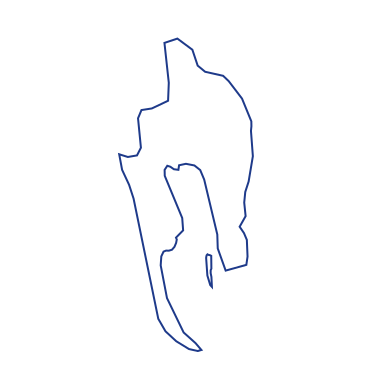 the border of City of St. Petersburg, rotated 244°
{"feature_id": "RUS-2337", "entity_name": "City of St. Petersburg", "entity_type": "Federal City", "adm_level": 1, "iso_a3": "RUS", "parent_name": "Russia", "parent_adm1": "", "projection": "equal_earth", "projection_center": [30.014, 59.935], "detail": "fine", "context": "isolated", "style": "outline", "palette": "blue", "viewbox_px": 384, "rotation_deg": 244, "n_neighbors": 0, "source": "natural_earth", "source_scale": "10m", "svg_char_len": 1166}
<svg xmlns="http://www.w3.org/2000/svg" viewBox="0 0 384 384"><g transform="rotate(244 192 192)"><path d="M106.6,187.8L130.0,190.4L142.7,196.1L197.8,208.4L208.1,209.0L214.8,205.8L220.0,198.9L221.7,192.1L217.9,189.5L220.4,185.7L224.2,183.6L226.4,181.3L223.9,177.1L218.5,174.6L172.9,171.8L161.4,167.2L158.0,157.6L156.0,157.5L153.2,155.4L150.4,152.2L148.9,148.7L149.4,145.5L150.7,143.0L150.9,140.3L147.6,136.2L139.8,131.7L107.6,123.0L69.4,122.9L54.7,128.9L45.9,131.2L46.6,127.4L52.2,120.4L64.8,112.4L78.4,107.1L92.8,106.1L211.7,136.6L226.0,138.6L242.6,138.9L257.8,143.1L251.6,149.7L249.0,158.6L254.2,165.5L281.9,175.8L287.8,182.5L284.7,192.5L284.5,210.5L300.3,219.0L338.1,232.6L336.3,246.1L319.7,254.7L303.1,252.5L294.3,256.5L282.8,270.9L275.5,273.6L254.0,277.9L229.5,276.3L225.0,274.2L221.1,271.8L197.5,262.4L176.6,247.5L168.7,239.9L159.6,234.3L146.8,229.6L139.9,219.6L132.3,220.7L124.9,220.3L109.6,213.6L102.7,208.9L106.6,187.8ZM127.2,176.2L128.7,177.4L129.2,178.6L128.3,179.2L127.4,180.4L126.2,181.3L114.6,175.8L113.5,174.5L110.9,173.2L107.1,172.2L98.0,168.3L100.4,167.6L110.2,169.2L126.3,175.7L127.2,176.2Z" fill="none" stroke="#1e3a8a" stroke-width="2"/></g></svg>